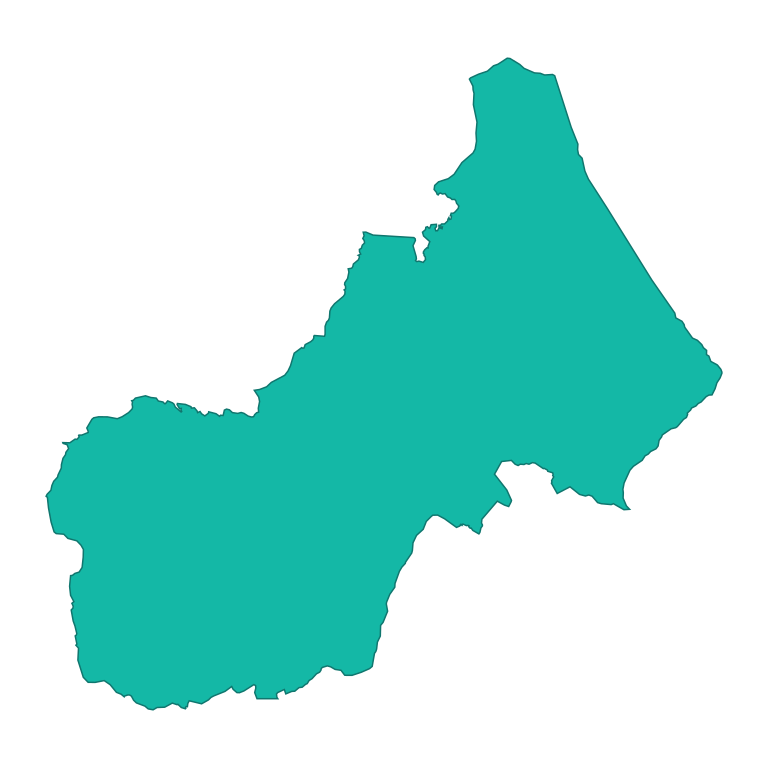 the district of Praid, Harghita, Romania
{"feature_id": "2599482B16532186866863", "entity_name": "Praid", "entity_type": "district", "adm_level": 2, "iso_a3": "ROU", "parent_name": "Romania", "parent_adm1": "Harghita", "projection": "albers", "projection_center": [25.2, 46.586], "detail": "fine", "context": "isolated", "style": "filled", "palette": "teal", "viewbox_px": 768, "rotation_deg": 0, "n_neighbors": 0, "source": "geoboundaries", "source_scale": "gbopen_adm2", "svg_char_len": 6049}
<svg xmlns="http://www.w3.org/2000/svg" viewBox="0 0 768 768"><path d="M88.1,682.3L95.1,682.4L104.2,680.6L110.2,684.7L116.4,692.3L121.1,694.2L124.2,696.8L124.5,696.1L127.7,695.0L129.6,695.0L131.4,696.1L133.6,700.2L136.4,702.9L144.9,706.1L148.2,708.9L153.1,709.8L157.1,707.5L164.7,707.2L172.3,703.1L177.1,704.7L177.9,704.3L181.3,707.5L185.4,708.8L185.7,708.4L185.2,708.1L186.1,706.6L187.4,706.7L187.8,703.5L189.2,700.8L201.6,703.8L208.5,699.9L211.0,697.4L213.8,695.9L225.0,691.4L231.7,686.5L233.1,689.3L236.9,692.6L239.5,692.7L244.0,690.9L253.9,684.6L255.6,685.6L255.8,688.1L254.7,692.6L257.0,698.7L277.8,698.7L276.9,697.3L276.5,693.9L277.8,692.5L284.3,689.5L285.8,693.9L291.8,691.4L294.8,691.2L299.0,687.6L302.2,687.2L305.5,684.4L307.2,683.6L309.1,680.5L312.0,678.7L316.5,673.8L319.6,672.2L320.9,670.3L321.3,668.5L322.4,667.4L327.3,665.9L330.6,666.8L335.1,669.4L341.0,670.3L344.7,675.2L346.3,675.3L352.1,675.3L361.2,672.3L369.6,668.6L372.2,666.4L374.5,653.3L375.8,651.5L376.6,649.1L377.4,642.1L380.3,636.1L380.6,625.4L383.1,622.3L387.6,611.2L386.3,603.9L386.6,602.1L389.8,594.3L394.8,587.2L395.0,583.5L399.4,571.3L401.9,567.1L405.3,563.4L405.5,562.2L411.7,553.1L412.4,550.4L413.0,542.8L416.5,535.4L423.2,529.3L426.3,521.4L431.2,516.5L432.8,515.2L437.7,515.1L444.6,518.8L456.5,527.4L459.8,526.0L460.2,525.1L460.8,525.3L460.9,524.5L461.9,525.0L461.7,524.5L463.0,524.1L466.4,525.6L468.2,525.4L468.9,525.8L468.6,526.1L469.1,527.2L470.2,528.2L471.2,528.1L472.8,530.4L478.9,533.9L479.9,532.4L480.9,528.0L482.4,525.9L482.4,524.8L481.5,523.1L481.9,519.2L497.3,501.2L504.5,505.1L508.7,506.5L511.1,501.8L511.5,500.4L506.8,490.0L494.5,474.2L501.6,461.5L511.4,460.4L515.1,464.2L518.1,465.5L520.3,464.2L524.0,464.5L526.1,463.5L529.0,464.2L532.4,462.6L535.2,463.1L543.3,468.6L544.3,468.4L547.3,470.0L547.8,471.3L552.7,472.8L553.1,474.6L552.7,475.5L553.7,476.9L551.6,480.6L551.9,482.4L551.4,483.2L557.2,493.5L570.0,486.8L579.5,494.4L585.4,496.0L588.8,495.0L592.1,496.2L597.6,502.6L601.3,503.7L611.2,504.6L613.4,503.7L623.9,509.7L629.6,509.3L626.4,505.9L623.1,498.1L623.3,492.7L622.9,489.3L624.1,483.0L629.9,470.3L633.4,466.3L642.2,460.3L645.1,455.8L648.2,454.1L650.6,451.5L656.0,448.8L658.1,446.0L659.1,440.3L661.6,436.9L662.3,434.9L671.1,428.8L675.7,427.7L677.3,426.6L683.6,419.3L686.4,417.5L687.6,414.5L687.3,413.1L690.6,410.0L691.6,408.0L695.9,406.0L698.2,403.5L701.1,402.0L706.2,396.6L708.9,395.1L712.0,394.9L715.1,388.7L716.9,382.8L720.1,377.9L721.9,373.3L721.9,372.1L720.9,369.4L717.4,365.0L710.8,361.4L708.9,356.1L706.5,354.6L706.6,350.4L703.4,347.7L701.8,344.6L697.4,340.3L692.5,338.1L684.7,327.2L684.1,324.5L682.0,321.3L675.8,317.9L674.8,313.1L651.8,280.0L606.9,207.8L588.4,179.1L584.9,171.1L582.1,158.2L578.5,154.5L577.6,149.7L577.9,144.1L571.2,127.3L554.7,75.7L552.5,74.5L544.6,75.0L540.3,73.3L534.5,72.9L524.1,68.4L519.7,64.4L510.0,58.5L507.2,58.2L498.0,64.2L493.5,65.8L487.4,71.2L478.5,74.2L470.5,77.9L469.4,79.1L472.9,86.1L473.1,89.8L474.0,93.4L473.4,104.7L477.0,122.1L476.0,133.0L476.5,141.2L475.1,149.2L473.0,153.0L461.9,162.6L454.1,174.3L448.2,178.7L438.6,181.8L434.7,185.4L434.1,189.5L436.4,192.3L437.2,194.4L438.2,194.9L439.2,193.5L440.4,193.0L442.4,194.0L445.1,193.6L447.6,197.0L450.4,198.0L452.0,199.5L454.7,199.4L455.9,200.9L456.6,203.3L458.9,206.1L458.4,207.0L458.4,208.2L455.0,212.0L453.4,213.2L451.2,213.2L450.4,215.6L451.5,216.1L451.0,219.0L449.6,219.5L448.9,217.6L447.9,219.3L447.8,220.8L444.6,223.9L441.5,224.0L440.7,225.2L438.9,225.3L439.0,226.9L442.4,226.9L442.1,228.7L439.1,227.7L437.5,230.7L435.8,230.8L435.0,228.2L436.5,226.7L436.4,224.3L431.1,224.7L429.8,228.0L429.1,228.3L427.4,226.7L425.8,227.3L425.5,229.6L422.5,232.2L423.6,236.0L429.8,241.6L428.1,246.1L428.1,247.9L427.0,247.7L424.7,249.8L423.4,251.9L423.4,253.5L424.1,254.1L424.1,255.6L425.2,256.8L425.5,259.6L423.2,262.4L418.9,261.1L416.8,261.6L415.5,260.6L416.4,258.9L416.1,256.4L413.0,245.7L415.4,240.5L415.2,238.8L413.9,237.6L373.1,235.1L365.9,232.1L363.2,232.2L364.1,235.8L362.8,238.5L364.3,240.7L364.5,243.1L362.3,245.2L361.3,248.4L359.4,249.4L359.5,251.8L360.7,254.1L358.2,255.3L359.2,255.9L359.4,257.2L358.4,259.8L353.4,264.0L352.8,266.6L351.7,268.2L348.2,268.8L348.9,272.1L347.6,278.5L344.8,282.7L344.6,284.6L345.5,286.1L345.6,288.9L344.1,289.9L345.1,291.2L344.8,294.3L343.3,296.4L334.6,303.7L331.2,307.9L329.9,311.1L329.4,318.0L328.4,320.3L326.6,322.1L325.1,326.3L325.1,334.3L324.5,336.3L314.3,335.5L313.8,336.2L313.8,338.0L312.8,339.9L310.7,341.7L305.2,344.6L304.0,348.0L302.5,348.2L301.7,347.6L294.2,353.2L290.5,365.7L288.0,371.0L284.7,375.3L271.3,382.4L266.6,386.8L259.5,389.5L254.3,390.3L258.7,397.0L259.6,401.5L258.3,408.2L258.6,412.2L256.7,412.7L254.7,414.6L253.6,416.7L251.5,417.0L248.2,416.1L243.9,413.3L241.1,412.5L237.8,413.4L232.4,412.6L229.4,409.8L226.5,409.1L224.4,410.1L223.1,415.5L220.6,415.2L219.6,416.3L216.0,413.7L208.7,411.8L208.4,413.3L204.8,415.9L201.6,413.8L200.0,411.5L197.6,412.6L197.1,411.0L194.4,407.8L191.4,408.1L191.0,406.7L185.4,404.4L177.4,403.5L177.1,404.6L179.6,408.7L181.3,408.4L181.0,409.9L181.7,411.5L181.1,412.0L175.3,407.1L173.9,404.0L172.4,402.8L167.7,400.9L165.5,403.6L164.6,403.7L163.0,402.0L158.3,401.0L156.2,398.1L150.8,397.5L145.5,395.8L135.4,398.1L133.4,400.3L131.7,400.7L132.5,402.1L132.1,404.2L132.6,407.1L132.1,409.0L128.6,412.6L122.2,416.7L117.3,418.7L107.5,416.9L98.6,416.8L93.7,417.8L91.9,419.3L86.8,428.0L88.1,431.0L88.2,432.5L81.7,435.1L78.9,435.1L78.6,435.5L79.2,436.9L76.9,439.4L75.1,439.1L69.8,442.8L62.8,442.6L63.1,443.4L67.1,444.7L68.6,448.6L65.9,452.3L65.5,454.7L63.0,458.3L61.4,464.7L61.3,468.1L58.1,474.8L57.5,477.2L53.7,481.3L51.9,485.5L50.9,490.3L47.1,494.3L46.1,496.3L47.4,497.3L48.5,507.9L51.1,522.0L54.1,531.9L56.2,533.6L63.8,534.2L67.9,538.4L76.8,540.8L81.0,545.2L83.4,549.4L83.2,557.2L82.1,567.5L79.1,572.1L74.9,573.4L72.4,575.4L70.6,575.6L69.6,586.3L70.6,595.4L73.9,601.7L71.9,603.3L73.2,606.2L72.9,608.2L71.2,610.0L73.2,621.0L75.0,626.1L76.8,633.6L76.3,635.1L75.2,635.9L76.9,644.1L75.9,645.2L78.5,648.1L77.9,660.1L83.3,677.3L88.1,682.3Z" fill="#14b8a6" stroke="#0f766e" stroke-width="1.5"/></svg>